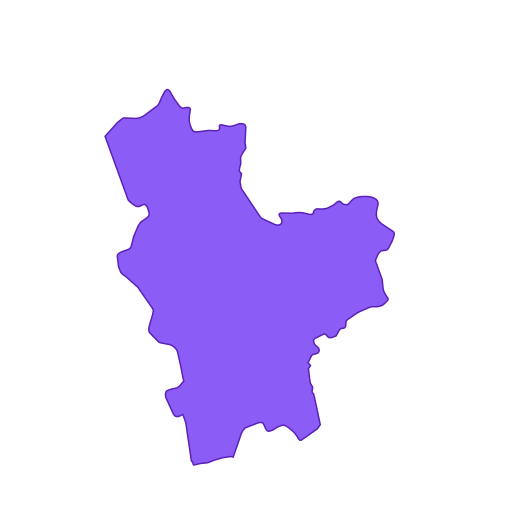 an SVG outline of Samarkand, rotated 68°
{"feature_id": "UZB-358", "entity_name": "Samarkand", "entity_type": "Region", "adm_level": 1, "iso_a3": "UZB", "parent_name": "Uzbekistan", "parent_adm1": "", "projection": "albers", "projection_center": [66.398, 39.959], "detail": "fine", "context": "isolated", "style": "filled", "palette": "violet", "viewbox_px": 512, "rotation_deg": 68, "n_neighbors": 0, "source": "natural_earth", "source_scale": "10m", "svg_char_len": 4246}
<svg xmlns="http://www.w3.org/2000/svg" viewBox="0 0 512 512"><g transform="rotate(68 256 256)"><path d="M433.9,352.5L432.5,354.4L430.6,362.3L429.7,370.6L429.6,378.2L427.6,385.1L426.5,391.9L425.5,392.3L424.0,391.9L422.3,392.5L422.0,392.7L384.0,383.5L375.5,383.2L375.5,384.2L375.8,386.2L375.8,387.3L375.7,388.3L375.3,389.4L374.8,390.3L374.0,391.0L373.1,391.4L371.2,391.8L353.7,392.6L351.4,392.2L350.2,391.7L349.2,391.1L348.3,390.5L347.7,389.2L347.5,387.6L347.7,384.4L348.7,378.7L348.1,375.9L344.9,369.8L341.5,369.3L328.0,366.7L315.5,364.7L313.4,364.7L310.6,365.6L308.1,367.0L306.8,368.1L305.8,369.2L300.7,377.1L299.2,378.5L287.3,383.3L286.0,383.5L283.9,382.9L281.4,381.6L272.0,374.1L268.0,371.5L265.0,371.7L242.1,377.0L241.3,377.0L226.1,384.5L222.8,386.7L220.3,387.5L214.6,387.5L204.0,384.6L203.0,383.8L202.3,382.5L201.9,380.2L201.8,378.6L201.8,377.3L202.0,374.0L202.0,370.9L201.5,369.6L201.0,368.7L197.0,365.6L192.3,362.3L184.1,354.1L182.4,351.7L181.5,350.2L181.1,349.0L179.6,342.3L179.2,341.4L178.7,340.6L178.0,339.9L177.2,339.4L176.2,339.0L174.7,338.8L169.7,338.5L168.0,338.8L166.6,339.7L166.3,340.7L166.1,341.8L166.3,345.0L166.2,346.0L166.0,347.0L165.4,347.9L164.7,348.7L161.4,351.1L157.9,352.9L156.1,353.5L88.5,351.1L80.2,334.1L78.4,328.0L78.5,326.7L83.3,316.2L83.8,314.6L84.2,312.7L84.3,309.7L84.2,308.1L79.6,290.7L78.3,288.8L77.1,287.5L74.1,284.6L69.4,279.2L68.3,276.6L68.6,275.6L69.3,274.9L70.3,274.3L71.7,274.0L79.5,273.0L89.0,270.6L90.2,269.8L91.6,268.6L92.2,265.0L92.6,263.8L93.4,262.4L94.4,261.9L95.6,262.0L100.8,265.1L105.5,267.3L109.9,268.0L114.4,268.0L116.5,267.4L117.8,266.4L118.9,264.0L121.7,253.4L122.1,252.2L124.7,246.8L125.3,245.1L125.4,244.0L125.2,243.1L124.6,242.3L123.7,241.8L122.7,241.4L121.6,241.3L121.1,240.5L121.2,239.2L125.3,233.2L125.8,232.2L126.1,231.5L126.4,230.6L126.6,229.5L127.0,225.4L127.0,222.9L127.1,221.8L127.6,220.5L128.5,218.6L129.5,217.6L130.5,217.1L132.8,217.2L147.0,223.8L150.1,224.4L150.7,224.7L152.2,225.0L156.2,230.7L158.7,233.3L165.0,235.7L168.0,238.1L171.0,239.7L174.3,238.6L181.1,243.0L187.8,244.4L221.7,237.3L223.5,236.4L233.6,227.0L235.0,225.2L235.8,223.5L235.9,221.9L235.5,220.6L234.5,219.4L233.4,218.8L231.9,218.6L230.5,218.7L227.6,219.2L226.4,219.1L225.7,218.7L225.4,217.6L225.8,216.0L229.9,206.4L231.1,201.8L232.1,199.1L233.4,196.5L237.4,190.9L238.1,189.5L238.3,187.5L235.9,185.4L235.4,184.4L235.0,182.9L235.2,181.6L237.3,177.0L238.4,172.5L237.9,165.1L236.2,160.3L236.2,158.8L237.0,157.5L240.1,156.1L241.2,155.0L242.4,152.6L242.5,151.1L241.8,149.4L240.8,147.6L239.4,144.0L239.4,140.7L239.9,137.4L241.9,131.9L243.2,129.3L244.6,126.9L246.5,124.9L248.4,123.4L250.4,122.8L252.6,123.0L254.9,124.2L258.2,126.6L261.0,128.2L263.8,129.3L266.3,129.7L269.4,129.2L273.0,127.6L284.3,119.9L285.8,119.3L287.1,119.5L288.9,120.4L293.3,124.3L298.6,130.5L299.0,131.3L299.3,132.2L299.2,134.1L298.2,137.4L298.2,138.3L298.4,139.0L298.7,139.9L299.3,140.9L301.0,143.2L304.1,146.2L305.3,147.1L325.0,147.8L331.5,149.7L334.0,150.4L336.6,150.7L340.1,150.5L344.2,149.6L345.2,149.5L346.0,150.1L346.8,151.4L348.0,154.0L348.7,156.0L349.0,157.9L348.8,160.8L348.0,163.8L346.6,166.9L346.3,168.1L346.2,169.4L346.1,170.8L346.4,180.5L346.8,183.9L349.1,194.5L349.5,195.6L350.0,196.6L351.2,197.5L354.5,199.0L355.2,199.8L355.8,200.6L355.7,202.1L355.3,203.3L355.2,204.8L355.8,206.4L360.1,211.7L360.0,216.4L359.3,218.3L358.9,219.0L358.1,219.6L355.1,220.6L354.3,221.1L353.9,222.1L353.8,223.2L354.5,232.4L355.1,233.4L355.8,234.3L357.6,234.7L358.9,234.8L360.2,234.6L361.2,234.3L364.2,232.7L364.9,232.5L365.9,232.5L367.1,232.7L368.2,233.5L369.0,234.7L369.2,237.5L368.7,238.9L368.8,240.6L369.0,241.6L374.5,247.7L376.6,246.9L377.3,246.7L378.1,246.5L380.0,249.6L392.4,252.9L394.2,253.2L396.7,253.0L397.8,252.7L398.9,252.6L401.5,254.2L402.6,254.7L404.0,254.9L405.5,254.3L409.2,254.8L436.5,259.6L439.2,263.8L443.7,282.9L443.1,284.5L440.7,285.2L439.5,285.3L435.3,286.3L431.9,287.6L427.0,290.3L424.6,292.1L423.3,293.4L423.0,294.3L422.7,295.7L422.6,298.7L422.7,300.5L422.9,302.0L423.2,303.0L423.6,305.1L423.6,306.3L423.5,308.7L423.2,310.0L422.5,310.9L421.1,311.5L419.8,311.7L415.0,311.9L412.9,312.4L412.0,314.4L411.5,316.0L411.3,330.2L412.9,333.6L415.2,336.2L421.9,342.0L433.9,352.5Z" fill="#8b5cf6" stroke="#5b21b6" stroke-width="1.5"/></g></svg>